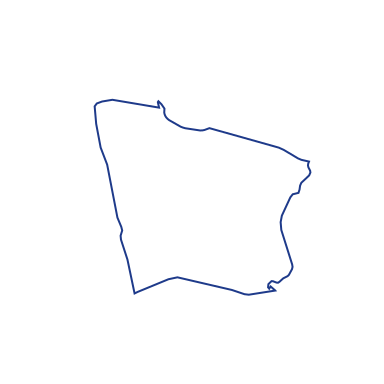 SVG path tracing the border of Tadjourah, rotated 320°
{"feature_id": "DJI-1571", "entity_name": "Tadjourah", "entity_type": "Region", "adm_level": 1, "iso_a3": "DJI", "parent_name": "Djibouti", "parent_adm1": "", "projection": "equal_earth", "projection_center": [42.622, 12.035], "detail": "fine", "context": "isolated", "style": "outline", "palette": "blue", "viewbox_px": 384, "rotation_deg": 320, "n_neighbors": 0, "source": "natural_earth", "source_scale": "10m", "svg_char_len": 1068}
<svg xmlns="http://www.w3.org/2000/svg" viewBox="0 0 384 384"><g transform="rotate(320 192 192)"><path d="M82.8,232.8L99.1,202.3L107.0,182.8L109.2,179.6L113.8,176.6L115.4,173.3L118.4,163.7L144.6,116.5L150.6,99.2L162.4,78.2L172.5,63.8L176.0,63.0L181.3,64.9L190.3,70.2L221.0,106.2L223.6,101.2L224.6,100.9L225.0,105.1L224.5,110.4L221.8,113.3L221.1,114.6L220.5,116.3L220.2,118.2L220.3,120.3L220.7,122.3L225.3,134.7L226.4,136.7L227.8,138.8L237.6,149.9L239.4,151.4L241.4,152.5L246.4,154.3L287.0,213.8L289.3,218.6L294.8,234.4L296.5,237.7L301.2,243.9L299.2,245.0L297.9,246.2L297.0,248.0L296.2,251.6L295.2,253.2L292.4,254.6L281.7,255.2L278.9,256.6L275.9,259.3L273.0,261.1L267.7,258.5L263.9,259.3L245.6,267.9L240.5,272.1L236.0,278.5L222.2,311.8L220.9,314.0L219.0,315.4L212.9,317.8L211.1,317.9L206.4,316.8L201.2,317.0L199.6,316.8L198.5,315.7L196.6,312.3L195.6,311.4L191.3,311.7L189.0,313.9L189.0,315.7L191.5,314.9L192.4,320.7L192.4,321.0L169.5,307.2L166.5,304.0L159.6,292.7L126.0,248.0L117.9,243.7L86.1,233.6L82.8,232.8Z" fill="none" stroke="#1e3a8a" stroke-width="2"/></g></svg>